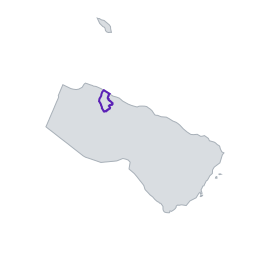 location of Al Masilah, Al Mahrah, Yemen, rotated 226°
{"feature_id": "15242507B86858383588753", "entity_name": "Al Masilah", "entity_type": "district", "adm_level": 2, "iso_a3": "YEM", "parent_name": "Yemen", "parent_adm1": "Al Mahrah", "projection": "mercator", "projection_center": [50.513, 15.552], "detail": "fine", "context": "in_parent", "style": "outline", "palette": "violet", "viewbox_px": 256, "rotation_deg": 226, "n_neighbors": 0, "source": "geoboundaries", "source_scale": "gbopen_adm2", "svg_char_len": 5462}
<svg xmlns="http://www.w3.org/2000/svg" viewBox="0 0 256 256"><g transform="rotate(226 128 128)"><path d="M204.4,111.2L196.0,114.3L193.8,115.7L191.7,117.4L190.2,119.5L189.1,123.3L190.0,126.7L189.9,128.5L187.7,129.7L185.7,130.6L183.4,131.9L182.0,132.3L180.9,133.3L179.6,134.1L174.9,136.0L169.7,137.5L161.5,139.3L158.3,141.2L155.5,142.5L151.1,142.9L145.1,144.7L141.8,146.2L137.6,148.6L136.7,149.3L136.0,151.1L134.7,152.6L132.2,155.1L130.3,156.4L129.1,156.5L126.6,157.1L123.8,157.3L118.9,156.4L117.7,157.0L116.7,158.0L113.0,159.7L109.2,163.1L106.4,164.0L101.9,165.1L98.8,166.5L96.7,167.0L94.0,167.3L89.0,167.2L84.2,167.7L79.8,168.7L77.7,170.5L75.4,173.4L71.5,174.5L70.6,175.6L69.4,177.7L66.9,178.2L64.7,178.6L62.3,177.7L58.0,180.2L56.4,180.6L53.9,180.7L52.1,181.3L50.8,181.1L49.2,180.1L45.8,178.9L43.4,179.7L43.2,177.3L39.1,169.9L39.9,163.5L39.9,162.6L39.1,159.7L36.7,157.1L36.8,153.7L36.0,151.3L35.3,148.9L35.5,148.2L35.6,147.6L34.3,143.9L33.9,143.1L33.7,142.3L34.2,141.7L34.1,141.0L33.5,139.8L32.8,137.6L29.5,135.9L30.1,134.2L30.8,134.8L31.7,135.3L31.8,134.2L31.8,133.5L30.5,128.5L32.5,121.9L31.8,116.0L35.0,113.6L35.8,112.9L36.2,112.2L37.0,110.9L38.0,110.4L38.3,109.0L38.3,108.3L37.6,107.7L37.2,106.0L37.3,103.9L37.5,103.0L37.8,101.4L38.9,100.8L39.2,100.3L38.3,99.3L38.4,98.7L40.3,97.0L41.0,96.5L42.2,95.9L43.2,95.9L44.3,96.2L45.2,96.7L46.2,97.6L47.2,98.6L48.7,99.0L49.7,98.9L50.6,99.3L51.3,99.1L52.1,98.5L53.4,98.6L54.6,98.0L57.9,97.7L61.2,97.9L64.5,97.4L67.9,97.5L71.2,97.5L72.0,97.6L72.7,97.9L75.6,99.4L77.7,99.7L82.1,100.1L86.7,100.6L90.8,100.9L94.2,100.6L97.0,100.3L97.8,100.3L98.6,101.3L100.3,103.6L101.9,105.8L104.7,105.9L106.5,105.1L108.5,103.9L109.7,103.0L111.1,99.5L112.1,97.1L114.1,94.5L115.9,92.3L118.2,89.4L119.5,87.8L122.0,84.6L124.4,83.4L129.1,81.0L133.6,78.7L136.6,77.1L139.1,76.4L143.4,75.8L148.3,75.1L153.3,74.4L158.6,73.7L164.6,72.8L168.6,72.2L173.8,71.5L178.1,70.9L181.9,70.3L185.9,69.8L186.6,71.6L187.3,73.3L188.1,75.1L188.8,76.9L189.6,78.6L190.3,80.4L191.1,82.2L191.8,83.9L192.5,85.7L193.3,87.5L194.0,89.2L194.8,91.0L195.5,92.7L196.3,94.5L197.0,96.3L197.7,98.0L198.5,99.7L199.7,100.3L200.4,101.9L201.4,104.2L202.4,106.5L203.4,108.9L204.4,111.2ZM215.8,180.8L216.8,181.0L218.4,180.4L222.9,180.3L228.4,182.2L227.3,182.7L226.7,183.4L224.3,184.0L222.0,185.5L215.1,186.2L213.0,185.8L211.4,184.4L208.3,182.5L209.5,181.4L209.8,180.8L210.2,180.3L212.0,179.4L213.7,179.5L215.8,180.8ZM31.6,157.7L31.4,158.1L31.1,158.0L30.1,157.1L31.2,156.1L31.8,157.0L31.6,157.7ZM28.3,134.6L27.8,135.0L27.6,134.4L28.0,132.8L28.5,132.4L28.9,133.5L28.7,134.1L28.3,134.6ZM31.1,162.4L30.0,162.9L30.8,161.5L31.5,161.2L31.7,161.3L31.1,162.4Z" fill="#d9dde1" stroke="#a8b0b8" stroke-width="1"/><path d="M155.8,132.4L155.8,132.5L155.8,132.8L155.8,133.0L155.9,133.3L156.0,133.4L156.0,133.5L156.3,133.6L156.4,133.8L156.5,133.7L156.5,133.8L156.8,134.0L157.0,134.1L157.3,134.1L157.7,134.1L157.8,134.1L158.2,134.1L158.3,134.1L158.5,134.1L158.8,134.0L159.0,134.0L159.3,134.0L159.6,134.0L159.6,133.9L159.8,133.9L160.0,133.7L160.3,133.7L160.5,133.7L160.8,133.7L161.1,133.6L161.3,133.5L161.6,133.6L161.8,133.6L162.0,133.8L162.1,134.0L162.2,133.9L162.3,133.9L162.3,134.0L162.5,134.1L162.8,134.1L163.0,134.1L163.3,134.0L163.5,134.1L163.7,134.3L163.9,134.5L164.0,134.6L164.1,134.8L164.1,135.0L164.3,135.2L164.3,135.3L164.4,135.5L164.4,135.8L164.4,136.0L164.5,136.1L164.7,136.3L164.8,136.5L165.0,136.6L164.9,136.8L164.9,137.0L165.1,137.3L165.2,137.5L165.3,137.6L165.5,137.9L165.5,138.0L165.4,138.3L165.4,138.5L165.8,138.4L166.0,138.4L166.3,138.3L166.7,138.2L167.0,138.1L167.4,138.0L167.5,138.0L167.7,137.9L167.9,137.9L168.1,137.9L168.3,137.8L168.5,137.7L168.9,137.6L169.0,137.6L169.3,137.5L169.5,137.5L170.3,137.3L170.5,137.2L170.8,137.1L171.1,137.1L171.3,137.1L171.5,137.0L171.8,137.0L172.0,136.9L171.9,135.4L171.9,135.0L171.6,134.1L171.1,133.0L170.6,132.1L170.0,131.4L169.8,131.2L169.4,129.9L169.1,128.8L169.0,128.1L168.5,127.3L168.2,126.9L167.6,126.1L167.3,125.7L167.2,125.7L166.9,125.7L166.7,125.7L166.4,125.6L166.2,125.6L165.9,125.5L165.7,125.5L165.6,125.4L165.4,125.4L165.2,125.3L164.9,125.3L164.8,125.2L164.7,125.2L164.4,125.1L164.2,125.1L163.8,124.9L163.7,124.9L163.4,124.8L163.3,124.7L163.2,124.5L163.0,124.4L162.9,124.3L162.7,124.3L162.6,124.2L162.4,124.2L162.1,124.1L161.9,124.1L161.7,124.0L161.5,123.9L161.4,123.9L161.2,123.8L161.1,123.7L160.9,123.6L160.8,123.4L160.7,123.2L160.4,123.0L160.3,122.9L160.1,122.9L159.9,122.9L159.5,122.8L159.3,122.8L159.2,122.8L159.1,122.7L158.9,122.7L158.7,122.7L158.4,122.6L158.2,122.6L157.9,122.5L157.8,122.4L157.7,122.4L157.4,122.3L157.2,122.3L157.1,122.2L156.9,122.2L156.7,122.1L156.4,122.2L156.4,122.3L156.3,122.5L156.2,122.7L156.1,122.8L156.1,123.0L156.1,123.3L155.9,123.4L155.8,123.5L155.7,123.6L155.4,123.7L155.4,123.8L155.2,123.9L155.2,124.0L155.3,124.2L155.4,124.3L155.3,124.5L155.5,124.7L155.5,124.8L155.4,124.8L155.2,124.9L155.1,125.0L155.0,125.3L155.0,125.5L155.0,125.8L155.1,126.0L155.3,126.2L155.3,126.3L155.3,126.6L155.2,126.8L155.0,127.0L154.9,127.0L154.8,127.3L154.9,127.5L154.8,127.8L154.8,128.0L154.7,128.1L154.6,128.3L154.6,128.5L154.8,128.8L154.9,129.0L155.0,129.2L155.1,129.3L155.4,129.3L155.5,129.3L155.9,129.3L156.0,129.3L156.4,129.4L156.5,129.5L156.8,129.6L157.1,129.6L157.1,129.8L157.2,130.0L157.2,130.3L157.2,130.5L157.2,130.8L157.0,131.0L156.9,131.1L156.7,131.1L156.6,131.4L156.6,131.5L156.5,131.8L156.4,131.9L156.2,132.0L156.0,132.3L155.9,132.3L155.8,132.4Z" fill="none" stroke="#5b21b6" stroke-width="2"/></g></svg>